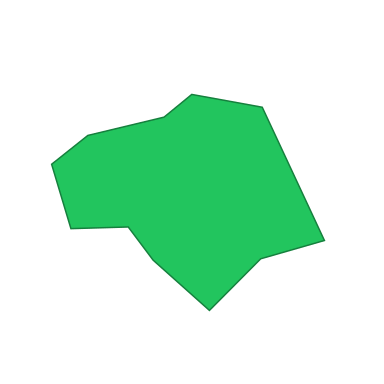 map outline of Kirkop (Equal Earth projection), rotated 291°
{"feature_id": "MLT-5970", "entity_name": "Kirkop", "entity_type": "state/province", "adm_level": 1, "iso_a3": "MLT", "parent_name": "Malta", "parent_adm1": "", "projection": "equal_earth", "projection_center": [14.483, 35.841], "detail": "fine", "context": "isolated", "style": "filled", "palette": "green", "viewbox_px": 384, "rotation_deg": 291, "n_neighbors": 0, "source": "natural_earth", "source_scale": "10m", "svg_char_len": 311}
<svg xmlns="http://www.w3.org/2000/svg" viewBox="0 0 384 384"><g transform="rotate(291 192 192)"><path d="M194.2,333.0L154.3,280.1L87.7,250.7L114.4,180.2L136.5,145.0L114.4,92.1L167.6,51.0L207.5,74.5L251.9,139.1L283.0,156.8L296.3,227.2L194.2,333.0Z" fill="#22c55e" stroke="#15803d" stroke-width="1.5"/></g></svg>